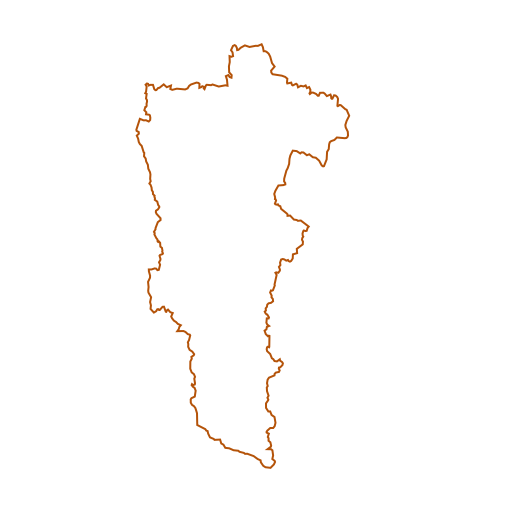 Ikongo, Vatovavy-Fitovinany, Madagascar (Natural Earth projection), rotated 172°
{"feature_id": "10022922B6018255004858", "entity_name": "Ikongo", "entity_type": "district", "adm_level": 2, "iso_a3": "MDG", "parent_name": "Madagascar", "parent_adm1": "Vatovavy-Fitovinany", "projection": "natural_earth1", "projection_center": [47.46, -21.855], "detail": "fine", "context": "isolated", "style": "outline", "palette": "amber", "viewbox_px": 512, "rotation_deg": 172, "n_neighbors": 0, "source": "geoboundaries", "source_scale": "gbopen_adm2", "svg_char_len": 6116}
<svg xmlns="http://www.w3.org/2000/svg" viewBox="0 0 512 512"><g transform="rotate(172 256 256)"><path d="M144.2,381.9L145.9,388.2L147.1,388.9L151.1,393.6L152.1,393.9L154.1,393.0L154.5,393.4L152.9,400.2L153.4,402.1L154.8,403.8L156.3,404.3L158.5,401.1L159.0,401.1L159.5,401.7L159.4,403.8L159.8,405.5L163.6,404.5L165.3,407.2L166.5,408.3L169.9,408.7L171.6,406.0L172.5,406.1L173.9,408.1L176.6,409.8L178.1,410.1L180.1,408.9L180.4,409.6L179.4,411.0L179.0,413.1L179.9,415.9L182.2,415.2L183.1,418.0L185.3,417.3L187.9,418.3L190.9,417.2L191.3,420.0L192.3,421.0L195.8,419.8L196.6,420.5L197.0,422.8L201.0,422.5L201.2,423.3L200.3,427.2L202.2,429.3L205.4,431.0L214.3,433.7L215.3,435.6L215.2,437.5L211.2,441.0L213.3,444.8L214.2,451.5L215.3,454.6L217.2,456.8L218.6,457.6L219.9,457.7L220.1,461.8L221.0,464.9L224.9,463.8L227.1,464.2L233.3,463.9L237.7,466.1L242.1,464.4L244.7,462.6L246.0,462.5L246.0,464.8L246.8,467.0L247.8,467.8L249.6,467.2L252.1,463.3L250.9,460.9L250.9,457.1L252.6,456.7L254.4,457.6L255.0,451.7L256.4,447.6L257.0,441.6L254.9,438.5L255.5,436.0L257.2,436.9L258.2,439.0L260.8,438.3L260.2,434.6L260.5,428.6L262.6,429.3L269.3,429.0L275.2,431.9L276.7,431.4L281.0,432.4L281.9,431.8L283.8,428.4L284.4,429.2L283.4,430.4L285.6,431.6L286.5,430.9L288.7,430.4L288.0,434.3L288.9,435.4L290.8,436.0L296.5,434.9L298.5,433.8L300.4,431.5L303.0,430.8L311.1,432.7L315.8,432.2L317.6,433.3L316.5,436.6L320.9,435.6L323.5,438.8L328.2,436.0L329.5,436.0L331.6,434.2L332.5,434.2L333.5,435.4L334.2,439.8L336.8,440.2L338.5,439.8L338.9,441.5L340.0,442.0L341.5,441.0L340.7,439.0L342.0,434.0L343.0,432.6L341.7,431.8L343.0,427.3L342.3,425.6L342.4,424.1L343.2,422.0L343.4,419.9L344.1,419.0L344.8,419.0L346.3,415.9L344.6,413.6L345.2,411.6L342.2,410.8L341.5,410.1L341.4,407.6L341.9,405.4L343.5,404.1L346.0,405.7L348.5,406.0L351.9,408.0L356.9,397.7L356.8,396.5L354.9,395.1L355.0,393.4L357.3,391.8L356.4,388.7L356.2,385.2L355.4,383.0L353.9,381.0L352.8,374.4L352.3,373.7L353.0,370.3L351.7,367.9L351.6,364.9L350.4,361.4L350.5,357.4L349.3,353.7L349.2,351.4L350.1,347.0L349.9,344.7L351.5,342.6L350.5,341.1L349.9,338.3L350.0,335.6L349.2,333.9L349.4,331.6L348.0,329.8L348.4,328.9L348.0,327.3L348.4,325.7L346.2,323.6L345.8,320.2L344.9,318.5L345.0,317.7L346.6,315.8L348.7,314.8L349.1,313.4L348.7,311.7L345.3,306.7L345.5,304.9L348.5,303.2L351.6,297.6L351.8,296.4L353.7,294.1L353.1,292.8L353.6,291.5L352.2,287.5L351.3,286.1L351.4,284.1L350.9,283.5L350.2,284.0L349.1,282.4L349.4,278.6L348.0,277.1L347.9,274.3L348.3,273.4L347.8,271.6L348.3,270.9L350.8,270.4L351.5,269.7L351.0,266.3L351.4,265.1L352.9,263.3L352.2,260.7L354.2,255.8L355.6,255.7L356.5,257.3L358.1,257.8L361.5,257.2L364.0,257.6L364.2,255.7L363.6,251.2L364.0,249.2L366.5,245.4L366.7,240.2L367.6,236.6L367.6,234.7L365.6,229.8L367.3,225.1L366.9,221.8L367.8,218.3L365.0,214.2L362.6,215.2L361.1,217.0L360.0,216.9L359.5,216.0L358.9,215.9L355.6,218.7L354.2,218.6L353.1,213.4L352.6,213.2L351.6,214.7L350.6,215.2L348.7,212.3L346.4,211.1L348.4,207.9L347.8,206.0L346.3,203.4L344.3,201.7L342.9,199.7L340.1,197.9L341.8,196.4L342.7,194.3L344.4,192.5L338.3,191.8L336.4,190.6L334.4,188.1L332.5,187.3L332.2,186.5L334.0,182.1L335.5,180.0L335.3,178.3L335.8,175.5L334.8,172.3L332.4,170.2L330.9,167.4L331.5,166.3L334.0,165.1L333.9,163.2L335.7,160.7L336.8,153.5L335.9,149.7L333.9,147.6L333.2,144.8L334.2,143.1L334.1,138.5L334.5,137.3L336.2,136.9L337.2,138.0L337.7,137.1L336.6,135.2L335.2,134.0L334.5,131.0L336.2,125.3L339.7,124.2L340.6,123.1L341.0,119.8L340.1,117.5L338.3,115.9L337.2,113.9L336.7,111.1L336.3,108.5L337.7,96.8L330.3,91.6L329.5,90.0L328.3,89.4L328.1,86.8L326.8,82.8L323.3,80.7L322.7,79.7L317.1,79.2L316.5,75.2L314.5,73.7L313.1,70.3L309.3,69.3L305.3,66.8L300.6,65.6L299.6,64.4L295.4,62.7L294.4,61.6L292.2,61.4L286.2,58.2L282.6,54.7L279.9,53.0L279.9,51.0L278.0,47.2L276.0,45.5L271.1,44.2L267.3,47.1L265.8,49.4L266.0,50.5L268.1,52.7L266.8,56.1L266.8,61.3L267.9,62.5L271.4,63.1L267.8,65.1L267.4,66.1L267.7,69.5L269.3,71.3L268.9,73.8L269.5,75.1L268.0,78.3L270.0,79.6L270.1,80.2L269.1,81.5L265.8,83.7L262.9,83.3L261.2,84.9L259.9,88.1L260.1,94.0L262.7,96.4L263.6,100.1L265.4,100.3L267.2,104.2L266.6,108.7L264.1,111.4L263.8,112.1L264.4,114.0L263.0,115.9L263.9,120.6L263.6,124.3L262.5,125.6L262.8,128.5L261.7,131.9L260.1,133.7L254.3,135.2L253.9,136.8L252.5,137.8L249.4,138.0L248.5,139.4L249.1,141.2L248.8,142.3L247.5,142.4L245.0,144.3L244.3,146.0L244.9,147.3L246.7,149.0L246.8,150.4L249.9,148.7L252.3,149.4L253.2,151.4L254.5,152.5L255.6,157.0L258.2,160.2L258.4,162.2L257.8,164.0L256.9,164.5L255.7,163.8L255.5,164.2L253.8,175.0L254.4,175.3L255.4,174.9L257.2,177.3L257.9,180.9L255.9,181.9L255.1,184.3L252.8,184.9L254.4,186.5L255.0,188.5L254.0,192.7L252.2,192.4L251.7,193.4L253.0,196.5L253.7,196.7L254.6,198.1L255.1,199.7L253.8,200.6L253.7,202.8L252.3,204.1L251.6,206.3L250.1,207.4L247.7,207.5L245.4,208.8L245.3,211.1L246.4,212.9L246.0,214.6L247.1,217.9L246.0,219.8L245.1,219.4L244.0,219.7L241.5,224.2L241.6,225.2L238.2,234.4L239.1,236.7L238.3,237.0L236.2,236.3L234.4,238.2L234.2,239.4L234.8,242.0L233.1,243.6L233.1,246.1L231.6,249.0L229.9,249.3L228.3,248.6L226.7,247.2L224.9,247.6L224.5,246.5L223.2,245.7L221.9,246.2L220.0,248.4L219.2,252.5L214.9,253.1L214.6,257.4L208.1,261.0L207.5,263.7L208.2,265.7L207.7,267.3L206.5,268.6L206.9,269.6L206.8,271.8L205.7,274.1L205.1,274.6L203.5,273.8L202.3,273.9L201.1,276.5L199.7,277.8L206.7,284.9L209.6,285.0L210.7,286.0L213.4,286.8L216.6,291.3L219.2,291.4L219.0,292.9L219.5,293.7L224.6,299.2L225.0,301.9L226.8,303.0L227.1,304.1L228.5,304.0L229.6,304.5L230.0,305.2L228.4,308.1L228.7,309.4L229.3,309.7L228.9,311.5L229.3,314.9L227.7,317.9L224.0,322.7L219.1,322.4L217.0,322.8L216.9,324.2L217.8,326.0L217.3,328.7L214.0,336.4L212.5,338.4L210.4,342.5L209.3,347.6L208.0,350.8L204.9,355.2L201.1,354.2L197.9,351.4L196.5,352.3L194.6,351.9L191.6,348.7L189.1,349.3L186.0,345.9L183.1,345.0L180.2,341.6L178.3,336.5L177.1,335.4L176.2,335.5L172.6,341.8L171.1,349.3L169.1,351.7L168.0,356.5L167.1,358.4L165.6,359.3L162.2,360.0L159.4,362.1L151.7,360.3L150.1,360.3L149.0,361.0L148.1,362.5L147.8,366.3L149.3,370.9L149.3,373.3L147.5,377.1L144.2,381.9Z" fill="none" stroke="#b45309" stroke-width="2"/></g></svg>